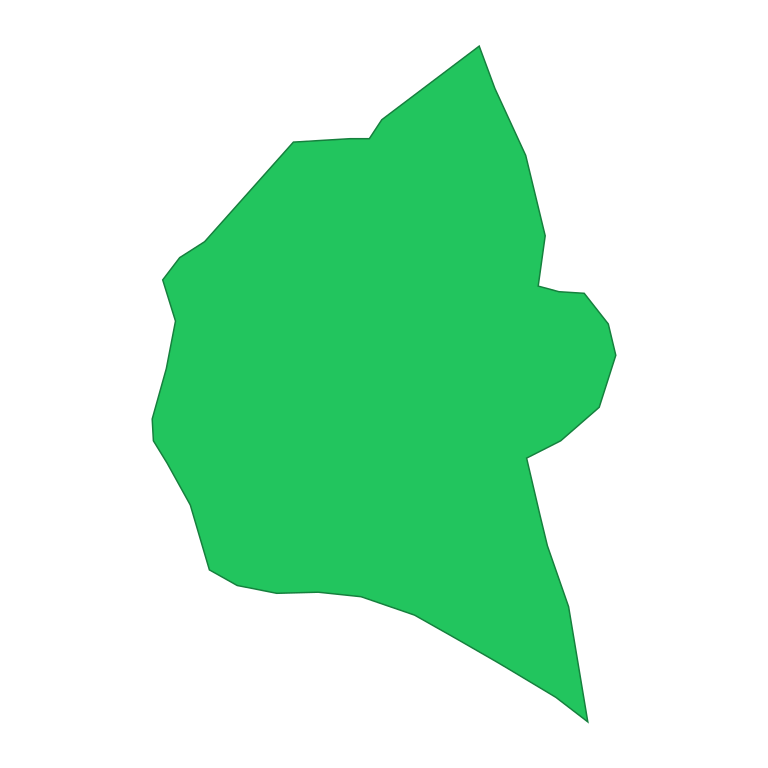 outline of Abtouyour, Guéra, Chad
{"feature_id": "50815135B86536624745263", "entity_name": "Abtouyour", "entity_type": "district", "adm_level": 2, "iso_a3": "TCD", "parent_name": "Chad", "parent_adm1": "Guéra", "projection": "equal_earth", "projection_center": [18.122, 12.013], "detail": "fine", "context": "isolated", "style": "filled", "palette": "green", "viewbox_px": 768, "rotation_deg": 0, "n_neighbors": 0, "source": "geoboundaries", "source_scale": "gbopen_adm2", "svg_char_len": 621}
<svg xmlns="http://www.w3.org/2000/svg" viewBox="0 0 768 768"><path d="M349.8,138.7L293.4,142.1L204.6,241.7L179.7,257.6L162.7,279.9L175.5,321.1L166.3,368.7L152.2,419.0L153.4,440.8L167.1,463.1L190.3,505.0L209.4,569.9L237.2,585.5L276.7,593.3L318.2,592.2L361.0,596.7L414.5,615.1L456.1,638.6L498.9,663.2L555.8,697.3L587.8,721.9L568.6,606.7L547.4,545.8L539.9,514.9L526.6,458.1L560.7,440.8L599.2,407.3L615.8,355.3L608.3,324.0L584.2,293.3L558.9,291.7L538.2,286.1L545.2,235.8L525.7,155.4L494.9,88.5L479.3,46.4L479.2,46.1L381.8,119.7L369.3,138.7L350.3,138.7L349.8,138.7Z" fill="#22c55e" stroke="#15803d" stroke-width="1.5"/></svg>